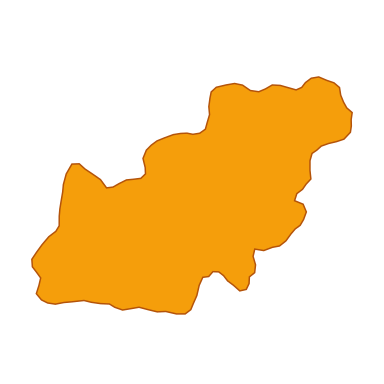 outline of Prudente de Morais, Minas Gerais, Brazil, rotated 193°
{"feature_id": "56859067B84825617066138", "entity_name": "Prudente de Morais", "entity_type": "district", "adm_level": 2, "iso_a3": "BRA", "parent_name": "Brazil", "parent_adm1": "Minas Gerais", "projection": "albers", "projection_center": [-44.114, -19.47], "detail": "fine", "context": "isolated", "style": "filled", "palette": "amber", "viewbox_px": 384, "rotation_deg": 193, "n_neighbors": 0, "source": "geoboundaries", "source_scale": "gbopen_adm2", "svg_char_len": 1706}
<svg xmlns="http://www.w3.org/2000/svg" viewBox="0 0 384 384"><g transform="rotate(193 192 192)"><path d="M191.9,299.5L195.8,293.8L195.6,287.6L194.8,279.0L192.3,271.3L192.8,263.2L193.1,256.2L197.7,251.0L204.1,248.4L210.1,248.2L216.2,246.5L223.1,243.7L230.6,238.8L237.6,233.9L242.2,228.5L245.9,222.5L247.3,213.7L243.1,205.3L241.4,199.2L244.9,193.8L251.7,191.3L258.6,189.0L264.9,183.8L270.1,179.0L276.2,176.8L284.0,183.5L293.5,187.3L301.4,190.3L308.2,194.1L315.3,192.2L318.6,181.3L319.0,170.4L318.0,162.9L317.4,152.7L316.9,145.6L315.9,138.5L313.8,129.2L315.8,123.1L321.4,116.3L326.2,107.0L329.9,98.3L332.9,90.4L330.7,83.2L325.6,79.0L320.1,74.2L320.1,66.6L320.8,57.9L314.4,53.0L307.7,51.4L299.9,52.0L292.0,55.5L284.6,57.9L278.6,60.0L272.8,62.0L265.3,61.9L255.9,62.7L247.3,64.3L241.3,62.3L233.1,61.4L224.6,64.9L217.7,67.8L208.3,67.5L198.9,67.4L190.7,69.7L179.7,69.7L171.2,71.7L166.7,77.1L165.6,83.8L164.0,92.2L164.0,102.7L162.3,111.3L156.7,113.4L153.7,119.1L148.0,120.2L142.4,117.6L137.3,113.4L130.7,110.5L123.2,106.4L117.2,109.3L115.8,115.6L117.0,122.2L112.8,127.5L113.7,135.3L118.0,143.0L118.0,150.5L108.9,151.1L101.2,156.2L94.6,159.1L89.5,165.5L86.2,173.3L83.1,179.3L79.1,183.9L77.1,190.3L76.1,198.3L81.0,205.1L90.1,206.6L89.5,214.0L84.9,219.5L82.6,225.3L79.1,231.4L81.9,239.5L84.1,249.1L83.7,256.6L79.7,261.0L76.4,265.8L69.8,270.0L62.5,273.6L55.8,277.7L51.1,285.8L51.6,292.1L53.2,298.3L53.8,305.4L60.2,308.8L64.6,313.7L68.9,319.8L71.8,327.0L78.2,330.3L85.9,331.1L94.4,332.6L101.4,329.7L106.1,324.1L108.6,318.6L113.5,314.9L121.9,315.3L130.0,315.7L137.9,314.3L143.7,308.9L149.5,304.7L158.0,304.0L166.8,307.5L174.9,307.3L182.8,304.0L191.9,299.5Z" fill="#f59e0b" stroke="#b45309" stroke-width="1.5"/></g></svg>